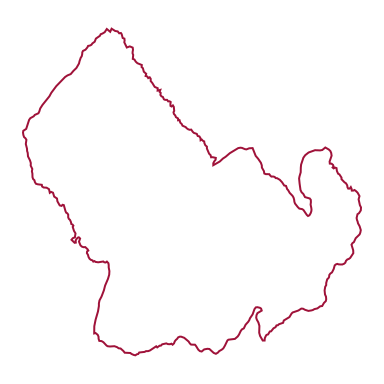 São Francisco, Minas Gerais, Brazil
{"feature_id": "56859067B81590421607020", "entity_name": "São Francisco", "entity_type": "district", "adm_level": 2, "iso_a3": "BRA", "parent_name": "Brazil", "parent_adm1": "Minas Gerais", "projection": "equal_earth", "projection_center": [-44.83, -15.858], "detail": "fine", "context": "isolated", "style": "outline", "palette": "rose", "viewbox_px": 384, "rotation_deg": 0, "n_neighbors": 0, "source": "geoboundaries", "source_scale": "gbopen_adm2", "svg_char_len": 5928}
<svg xmlns="http://www.w3.org/2000/svg" viewBox="0 0 384 384"><path d="M353.3,253.2L353.2,250.3L351.5,244.7L352.5,243.1L353.9,242.1L355.7,238.2L359.6,234.4L360.3,232.6L360.8,230.1L359.6,226.2L358.0,223.3L357.6,221.5L357.0,220.0L356.6,218.0L357.5,214.2L359.0,213.2L360.8,210.4L361.0,207.4L359.9,205.2L358.6,199.3L359.5,196.1L357.6,192.7L356.1,191.2L354.5,190.0L353.2,190.6L351.8,190.6L351.6,188.9L350.8,187.1L349.7,188.6L348.2,188.6L347.5,187.3L347.2,185.3L346.0,183.3L344.5,182.3L341.5,179.2L341.5,177.6L339.4,174.4L338.1,173.7L336.9,171.0L336.5,168.1L335.0,167.6L333.7,168.4L332.6,167.5L333.5,166.4L333.1,165.0L331.6,163.7L329.8,163.6L329.6,161.5L331.6,155.7L331.2,153.0L330.4,151.1L328.8,149.5L325.3,147.5L322.3,150.0L320.1,150.4L315.0,150.2L308.6,152.5L305.2,155.2L303.4,157.7L301.1,164.6L300.8,167.7L300.7,172.3L299.5,176.4L299.1,178.5L299.6,183.6L300.5,190.0L301.6,192.3L303.3,193.9L305.0,197.1L309.8,198.5L310.8,199.9L310.9,202.1L310.6,204.6L311.3,208.0L311.5,209.7L311.3,211.3L310.6,213.3L309.4,215.3L308.0,216.0L306.8,214.9L303.4,209.9L302.1,209.1L299.3,208.6L297.8,207.1L295.0,203.5L294.4,201.8L294.1,199.5L293.5,197.5L292.5,195.8L289.7,192.9L288.1,190.1L287.2,189.2L286.0,185.9L284.2,185.5L282.1,182.3L279.8,179.8L277.1,178.2L275.7,178.1L274.6,176.9L273.0,176.5L271.4,176.6L270.3,175.6L269.3,174.2L265.7,174.1L264.3,173.5L263.9,171.1L261.9,167.6L261.8,165.4L260.9,162.8L258.1,158.7L255.7,155.9L252.6,148.1L249.2,148.3L246.4,149.4L244.8,149.1L242.0,147.9L240.4,147.7L238.2,148.1L229.8,153.2L225.6,156.8L223.0,158.5L219.8,161.5L213.3,165.2L213.3,163.2L214.3,161.3L215.6,159.7L215.8,157.9L212.7,157.2L211.1,157.3L210.6,155.2L209.1,153.7L206.9,148.5L206.9,146.6L205.3,145.2L204.4,143.1L204.2,141.4L202.9,140.8L201.7,139.5L200.6,140.2L200.4,138.0L199.4,136.4L197.7,136.0L196.8,133.9L193.9,132.9L192.9,132.0L191.2,129.6L189.7,129.8L188.2,129.3L186.6,128.2L185.7,127.1L182.5,125.7L181.7,124.0L180.3,122.7L179.5,120.1L178.1,120.3L178.1,118.5L175.9,117.1L175.3,115.5L173.9,113.9L173.5,112.2L174.2,110.9L173.8,106.9L172.9,105.4L171.6,106.5L170.5,105.9L170.4,103.9L170.7,102.0L169.6,101.3L168.2,101.4L167.1,99.9L165.2,99.9L163.9,99.3L162.9,97.0L161.4,96.3L160.4,94.9L160.7,92.9L159.6,91.8L160.3,89.9L157.6,90.6L157.7,88.2L154.7,86.9L152.2,82.8L150.7,81.1L150.7,78.8L149.7,77.3L148.2,78.1L147.3,76.5L145.6,76.0L146.2,73.8L143.8,71.7L142.9,68.2L141.6,67.1L141.8,65.0L137.4,63.2L135.7,61.6L134.4,59.5L132.8,58.9L133.2,54.9L132.6,53.5L132.6,52.0L133.0,49.8L132.7,47.6L129.8,46.4L126.8,47.5L124.3,42.3L124.6,40.5L124.4,38.6L122.7,38.0L121.7,34.2L120.9,33.0L119.2,33.3L117.7,31.4L115.2,31.0L111.6,28.7L110.2,31.8L106.8,29.0L104.7,32.2L102.4,33.6L100.7,34.2L99.9,35.8L95.9,38.6L94.7,41.7L92.4,43.4L91.4,44.8L89.8,45.6L88.1,45.9L87.4,47.4L85.5,49.7L83.0,50.9L82.3,52.3L82.2,54.2L81.7,56.3L80.7,57.8L79.5,61.3L79.0,63.5L76.4,68.0L73.5,70.8L70.7,74.1L67.5,75.4L65.1,77.0L56.3,86.1L51.3,92.8L49.4,96.3L42.5,104.9L40.2,108.5L39.3,111.5L38.4,113.3L34.8,114.9L33.7,116.3L30.3,118.2L29.1,119.9L26.2,128.9L23.3,130.8L23.0,132.6L23.4,135.1L24.1,137.1L25.4,138.2L26.4,139.8L25.8,144.0L27.0,148.7L27.1,151.0L27.7,152.8L28.0,156.4L30.0,160.4L30.8,163.0L30.7,165.6L32.3,169.0L31.9,171.3L32.4,173.6L32.5,177.2L33.1,179.0L34.4,180.2L34.9,182.1L36.0,183.8L37.8,184.3L41.8,184.8L42.1,186.5L43.6,187.5L46.6,187.7L49.0,189.2L49.8,192.8L51.1,191.9L53.0,192.7L54.2,196.6L57.0,198.5L57.4,201.3L59.7,205.4L61.6,205.9L62.6,204.8L63.8,205.1L65.5,211.2L66.2,212.7L67.3,213.3L68.2,214.6L68.2,217.3L68.8,218.8L70.0,219.9L71.0,222.2L71.3,224.0L72.6,224.6L73.4,225.7L72.7,226.9L74.0,230.9L75.5,233.4L74.9,237.3L72.8,238.2L71.5,239.8L74.6,242.8L75.8,242.6L75.6,240.7L76.4,239.1L77.7,237.7L78.8,237.3L80.1,238.5L79.0,241.7L80.5,245.4L82.0,246.7L83.6,247.2L85.3,247.1L87.6,249.3L88.3,250.6L87.1,251.4L86.9,253.1L88.0,254.9L88.5,256.9L89.5,258.7L90.8,259.8L92.5,260.4L93.3,261.6L94.5,261.1L95.5,261.9L98.2,262.3L103.3,261.5L104.3,262.3L105.7,262.5L106.9,261.6L108.4,263.2L108.7,265.0L108.7,267.4L109.4,271.1L109.2,274.7L108.0,278.8L105.1,285.6L103.9,290.3L103.0,292.7L101.5,296.6L99.5,300.4L98.9,303.4L98.9,306.0L98.0,311.4L95.6,319.7L94.3,326.2L94.2,333.4L95.5,333.0L97.7,334.8L98.5,336.6L98.6,338.8L99.3,340.9L101.6,341.1L103.4,342.2L106.4,345.4L107.5,346.2L109.9,346.5L114.4,346.2L117.0,347.1L118.7,348.3L120.6,348.5L123.4,351.0L124.7,352.7L130.4,353.0L131.4,353.9L133.9,355.0L135.4,355.3L136.8,354.3L138.2,354.0L139.2,352.5L144.6,351.9L146.1,351.1L148.2,351.1L149.9,350.5L156.2,346.3L157.2,347.4L159.6,345.7L160.8,345.7L162.2,344.3L166.3,343.4L167.9,344.1L170.0,344.2L171.4,343.7L172.6,344.7L174.0,343.4L174.8,341.3L175.9,339.9L177.2,338.8L178.1,337.4L179.7,336.7L181.2,336.7L184.2,337.8L188.6,341.5L189.9,343.5L191.1,344.6L195.0,344.7L196.1,346.1L198.3,349.7L199.9,351.1L201.7,351.5L204.2,349.4L207.4,348.8L209.4,349.0L213.7,352.9L215.9,353.8L217.9,352.6L219.2,351.1L221.7,349.7L223.3,348.4L224.9,345.7L227.4,340.5L228.4,339.7L234.9,338.9L237.7,336.5L239.0,334.6L240.6,331.2L241.9,329.4L243.8,328.4L245.6,324.7L248.3,321.7L249.4,319.9L249.9,318.4L252.6,314.4L254.5,309.1L255.8,307.4L257.4,307.2L259.9,307.8L261.1,308.6L261.7,310.6L257.5,313.1L256.5,315.2L256.2,317.7L256.8,319.6L258.4,322.5L259.4,325.9L259.2,332.8L260.1,336.0L262.7,340.5L264.6,340.5L264.8,338.2L265.7,336.2L266.5,334.9L268.1,334.4L269.8,331.5L271.1,331.3L273.5,328.3L275.5,327.2L276.5,325.4L277.8,325.3L279.0,324.2L283.1,322.8L283.8,320.5L289.4,317.1L291.6,313.5L292.6,312.5L298.4,310.5L301.3,308.6L303.0,308.7L305.0,309.8L308.4,310.9L311.5,310.4L312.9,310.0L314.4,309.1L317.4,308.4L320.2,306.3L322.2,306.0L323.9,303.0L325.8,301.1L326.2,299.3L326.0,296.7L325.0,294.4L324.6,290.4L325.2,286.8L326.2,285.1L326.2,283.0L327.2,279.3L328.4,278.2L329.1,277.0L329.3,275.0L330.3,273.6L332.0,272.4L333.7,269.0L334.7,265.4L335.9,264.4L337.3,263.9L338.8,264.4L342.2,264.5L344.0,263.8L345.3,262.7L346.0,260.8L347.4,259.4L348.7,259.0L350.2,257.9L353.3,253.2Z" fill="none" stroke="#9f1239" stroke-width="2"/></svg>